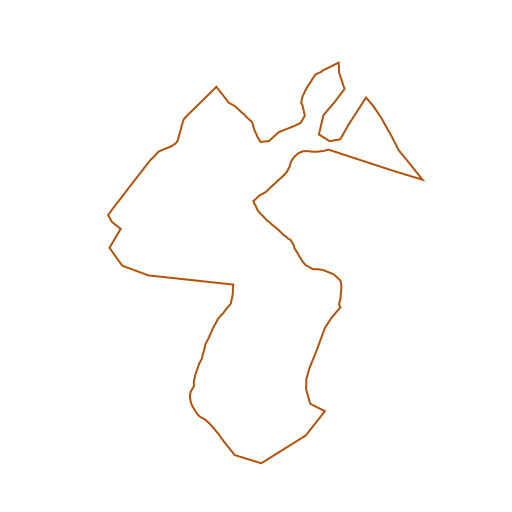 the district of Grande Riviere/Assou Canal, Gros Islet, Saint Lucia, rotated 99°
{"feature_id": "8701671B38434288339117", "entity_name": "Grande Riviere/Assou Canal", "entity_type": "district", "adm_level": 2, "iso_a3": "LCA", "parent_name": "Saint Lucia", "parent_adm1": "Gros Islet", "projection": "mercator", "projection_center": [-60.952, 14.04], "detail": "fine", "context": "isolated", "style": "outline", "palette": "amber", "viewbox_px": 512, "rotation_deg": 99, "n_neighbors": 0, "source": "geoboundaries", "source_scale": "gbopen_adm2", "svg_char_len": 3629}
<svg xmlns="http://www.w3.org/2000/svg" viewBox="0 0 512 512"><g transform="rotate(99 256 256)"><path d="M267.2,168.6L263.4,174.2L261.9,176.6L261.3,178.9L261.0,180.5L260.2,183.6L259.8,185.5L259.7,186.5L259.3,188.7L259.4,193.1L260.1,197.5L259.4,199.9L258.1,203.1L257.3,205.6L254.4,208.9L248.9,213.6L245.1,216.8L242.1,219.4L241.0,219.8L239.4,220.5L237.1,222.3L234.8,224.4L234.2,226.0L233.8,227.0L231.9,230.0L231.1,231.6L230.6,232.7L230.0,233.4L228.9,234.8L227.3,237.1L225.8,239.5L225.3,240.3L224.0,242.4L223.6,243.1L222.6,245.0L221.1,247.2L220.6,247.8L219.4,250.3L218.8,251.2L217.7,252.7L216.6,254.0L215.7,255.0L214.2,257.3L211.9,260.2L211.2,260.9L209.5,262.4L206.8,263.9L205.8,264.8L205.1,265.5L202.2,267.2L195.5,261.9L194.9,261.0L193.7,259.4L192.2,257.6L191.8,257.1L191.1,256.2L189.4,254.8L187.6,253.5L186.3,252.7L184.8,251.5L184.1,250.9L182.5,249.5L181.4,248.7L180.2,247.7L178.4,246.4L176.5,244.9L174.2,242.9L171.8,241.0L170.8,240.4L169.5,239.6L168.5,239.0L167.6,238.5L166.8,238.3L166.0,238.0L164.2,237.4L162.6,236.8L160.6,236.6L158.7,236.4L158.0,236.2L157.2,236.0L156.5,235.8L155.7,235.6L153.7,234.5L152.2,233.7L151.4,233.2L150.6,232.6L149.0,231.2L147.9,230.2L146.6,228.4L146.2,227.7L145.7,226.8L144.9,224.8L144.5,222.6L144.3,221.1L144.2,219.7L144.3,219.1L144.0,215.4L143.9,214.7L143.4,211.8L142.8,209.8L142.3,207.9L141.3,204.8L139.6,201.1L150.5,133.2L154.6,103.5L152.5,105.8L142.1,117.1L131.8,128.7L129.1,131.7L116.7,140.7L100.6,153.4L94.6,158.9L89.5,163.6L82.3,172.2L87.1,174.3L97.1,178.6L111.9,185.2L127.5,191.0L131.1,201.2L126.1,212.9L106.3,211.4L100.4,207.8L92.1,202.7L77.2,194.7L71.0,197.9L61.6,202.7L54.8,204.0L52.1,204.6L54.9,208.6L62.1,218.8L64.6,221.2L65.8,223.3L67.6,225.9L69.6,226.7L73.4,228.4L75.9,229.4L78.3,230.6L80.6,231.6L84.7,233.1L86.8,233.7L90.0,234.6L91.6,235.2L98.1,235.3L99.7,233.7L109.9,229.7L117.7,232.9L121.6,238.6L126.4,246.7L130.3,253.1L140.5,261.2L142.6,269.5L140.3,271.3L138.8,272.8L136.0,274.4L134.0,275.9L130.7,277.9L127.4,279.4L125.0,280.4L123.8,281.6L121.6,285.1L119.9,287.6L117.9,290.0L116.7,292.2L114.3,295.8L113.0,297.6L111.4,300.0L110.7,301.7L109.1,306.5L95.1,321.6L121.2,340.9L123.3,342.5L125.3,343.9L127.4,345.6L130.4,347.6L132.3,348.7L133.0,348.9L135.4,349.3L139.2,349.7L144.6,350.3L151.4,351.1L153.2,351.4L154.8,351.6L156.3,352.3L157.9,353.5L159.5,355.2L160.8,356.8L162.4,359.3L163.5,361.3L164.9,363.5L166.2,365.6L167.8,368.1L169.2,369.3L171.0,370.5L173.7,372.2L178.1,375.6L189.4,381.8L206.2,391.0L233.9,406.1L238.6,408.5L244.9,403.6L250.4,393.9L270.8,402.0L280.8,392.2L286.5,386.6L292.0,359.1L287.8,273.9L290.9,273.9L294.7,273.3L297.7,273.0L300.4,273.0L303.2,273.3L307.2,273.5L309.6,275.0L312.0,276.6L313.8,277.5L318.1,279.8L319.4,280.9L322.6,282.8L324.4,283.9L328.3,285.1L330.2,285.9L333.2,286.9L336.1,287.8L339.3,288.5L341.7,289.3L344.4,289.8L347.2,290.9L350.9,292.2L353.6,292.3L355.8,292.4L358.8,292.8L362.9,293.3L365.1,293.3L368.1,294.1L371.0,295.3L374.2,295.8L377.1,296.3L380.0,296.8L382.4,297.3L386.3,297.6L388.9,297.7L391.6,297.5L394.4,296.9L398.6,298.7L400.6,299.3L403.7,299.4L405.5,299.2L409.4,298.0L412.0,296.8L414.3,295.4L416.0,293.9L419.2,291.2L420.8,289.7L422.9,287.3L424.0,284.9L425.3,281.0L426.4,279.2L428.1,276.8L429.9,274.3L432.5,271.0L433.8,269.6L436.2,267.0L437.5,265.2L439.1,263.9L444.2,258.8L456.0,245.9L459.9,218.4L425.4,178.7L398.5,163.7L393.5,179.3L379.8,185.7L371.8,186.7L369.8,187.0L367.1,186.7L358.5,185.7L342.6,182.0L336.1,180.6L316.1,176.7L304.9,171.6L301.5,169.5L293.4,164.6L292.3,165.6L291.6,165.9L290.4,166.5L289.6,166.4L286.3,166.1L284.3,165.9L280.2,166.3L275.2,166.6L271.7,167.1L267.2,168.6Z" fill="none" stroke="#b45309" stroke-width="2"/></g></svg>